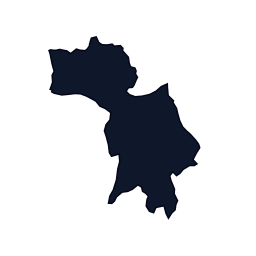 outline of Paramytha, Limassol, Cyprus, rotated 252°
{"feature_id": "46923920B63427576461062", "entity_name": "Paramytha", "entity_type": "district", "adm_level": 2, "iso_a3": "CYP", "parent_name": "Cyprus", "parent_adm1": "Limassol", "projection": "albers", "projection_center": [32.975, 34.759], "detail": "fine", "context": "isolated", "style": "filled", "palette": "ink", "viewbox_px": 256, "rotation_deg": 252, "n_neighbors": 0, "source": "geoboundaries", "source_scale": "gbopen_adm2", "svg_char_len": 1677}
<svg xmlns="http://www.w3.org/2000/svg" viewBox="0 0 256 256"><g transform="rotate(252 128 128)"><path d="M186.0,66.6L184.0,68.4L179.9,75.3L178.6,81.1L177.2,88.2L175.2,93.4L171.3,98.3L166.9,102.6L163.4,105.8L157.5,108.0L153.5,112.5L147.9,116.4L141.2,113.3L138.0,108.2L132.6,104.7L126.1,104.7L117.9,104.2L110.3,102.7L106.2,103.6L106.0,111.5L98.7,109.8L92.1,105.6L82.2,101.0L73.5,94.8L68.8,89.7L62.5,86.2L61.3,89.4L62.7,92.5L66.0,95.7L68.8,102.5L67.8,108.2L68.4,113.3L70.9,119.8L67.7,122.6L63.5,122.4L63.3,122.3L60.7,124.5L56.9,126.4L54.1,124.0L50.1,122.1L48.0,121.2L42.1,122.7L39.5,126.2L43.8,130.0L42.9,138.2L34.9,137.8L29.7,138.6L33.7,143.4L35.6,147.5L40.3,149.8L43.6,152.7L51.1,151.6L55.5,153.3L65.1,152.6L69.6,152.9L72.5,157.1L67.7,159.4L68.9,163.5L71.6,167.7L73.3,174.8L71.8,179.6L72.6,182.5L77.8,180.0L82.7,184.9L87.1,190.1L90.3,190.1L90.8,190.1L95.2,188.7L102.5,185.5L107.2,182.7L112.2,180.3L118.9,179.4L126.4,179.7L131.7,180.2L138.5,178.6L139.8,179.7L146.4,176.2L154.3,178.0L157.8,179.0L157.1,172.5L154.4,166.3L153.2,159.0L153.9,151.2L155.5,144.5L159.2,139.7L163.5,137.5L166.2,140.9L165.3,144.8L166.7,146.7L171.5,150.9L173.3,152.7L177.3,151.8L179.7,153.3L182.9,153.1L185.4,149.3L189.4,149.2L195.2,150.2L198.6,148.7L203.1,146.7L205.4,147.8L208.7,146.2L210.1,140.2L212.7,138.8L212.7,138.6L213.5,133.5L215.2,129.1L218.3,126.6L224.5,125.9L224.8,120.9L219.6,117.3L218.0,116.7L215.7,113.6L214.8,111.1L216.9,106.2L219.0,103.3L217.5,99.3L216.5,96.4L220.2,93.7L222.2,90.1L223.8,87.4L224.1,83.9L224.9,81.2L226.3,78.4L226.1,76.8L223.1,76.9L212.1,75.6L204.7,75.3L201.5,72.1L194.9,70.5L188.8,65.9L187.6,67.9L186.0,66.6Z" fill="#0f172a" stroke="#020617" stroke-width="1.5"/></g></svg>